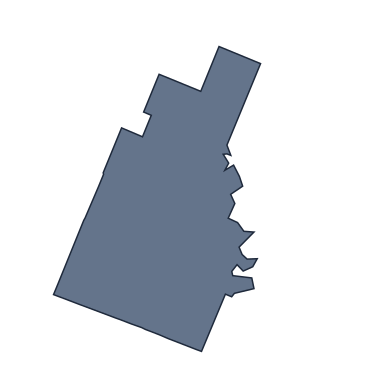 Baxter, Arkansas, United States of America (Equal Earth projection), rotated 201°
{"feature_id": "52423323B86572463849564", "entity_name": "Baxter", "entity_type": "district", "adm_level": 2, "iso_a3": "USA", "parent_name": "United States of America", "parent_adm1": "Arkansas", "projection": "equal_earth", "projection_center": [-92.385, 36.236], "detail": "fine", "context": "isolated", "style": "filled", "palette": "slate", "viewbox_px": 384, "rotation_deg": 201, "n_neighbors": 0, "source": "geoboundaries", "source_scale": "gbopen_adm2", "svg_char_len": 863}
<svg xmlns="http://www.w3.org/2000/svg" viewBox="0 0 384 384"><g transform="rotate(201 192 192)"><path d="M281.8,178.1L280.9,176.8L281.2,163.5L282.5,129.5L282.9,126.7L284.2,57.9L284.5,46.6L264.0,46.7L258.9,46.7L257.8,46.7L256.8,46.7L217.9,47.0L214.2,47.1L200.8,47.1L190.4,47.4L186.3,47.0L171.5,47.0L161.5,46.6L131.1,46.5L126.0,46.6L124.2,108.6L117.4,108.4L116.1,112.6L99.5,124.0L105.4,133.2L124.0,128.5L126.4,132.1L123.9,140.3L115.9,136.5L108.5,144.0L107.2,153.1L116.5,149.1L122.8,151.6L128.3,157.4L119.8,176.8L129.5,173.9L138.5,179.8L148.8,180.5L147.9,196.6L155.1,203.7L146.8,215.6L153.3,223.5L162.8,232.0L169.1,224.1L168.1,232.1L176.4,238.4L173.0,240.1L168.9,240.1L176.2,248.3L175.2,288.2L174.0,336.4L218.9,337.5L219.9,289.1L264.9,290.1L265.8,249.3L257.5,249.0L258.0,225.8L280.7,226.6L281.8,178.1Z" fill="#64748b" stroke="#1e293b" stroke-width="1.5"/></g></svg>